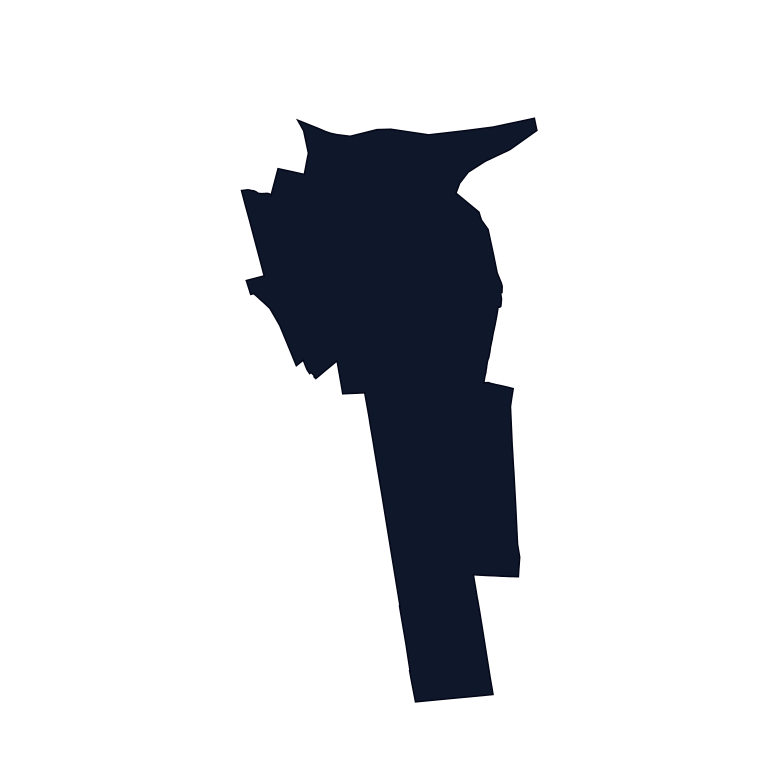 outline of Unirea, Calarasi, Romania, rotated 196°
{"feature_id": "2599482B78203742234892", "entity_name": "Unirea", "entity_type": "district", "adm_level": 2, "iso_a3": "ROU", "parent_name": "Romania", "parent_adm1": "Calarasi", "projection": "natural_earth1", "projection_center": [27.6, 44.275], "detail": "fine", "context": "isolated", "style": "filled", "palette": "ink", "viewbox_px": 768, "rotation_deg": 196, "n_neighbors": 0, "source": "geoboundaries", "source_scale": "gbopen_adm2", "svg_char_len": 4752}
<svg xmlns="http://www.w3.org/2000/svg" viewBox="0 0 768 768"><g transform="rotate(196 384 384)"><path d="M539.7,613.8L536.3,610.5L532.4,606.6L531.1,605.4L525.7,595.2L520.3,585.0L519.9,579.6L519.4,574.3L518.4,563.5L531.8,562.7L545.2,561.8L544.9,548.0L544.6,534.2L545.0,534.5L545.4,534.7L545.7,534.9L545.9,535.0L546.1,535.1L546.4,535.1L546.6,535.1L546.8,535.2L547.0,535.2L547.4,535.2L547.8,535.2L548.2,535.1L548.5,535.1L548.9,535.0L549.1,535.0L549.2,534.9L549.5,534.8L549.9,534.7L550.1,534.7L550.5,534.5L550.9,534.3L551.1,534.2L551.4,534.1L551.7,534.0L552.0,534.0L552.6,533.7L553.3,533.5L554.3,533.2L555.3,533.0L556.0,532.9L556.7,532.8L557.2,532.7L557.6,532.7L557.8,532.7L558.0,532.7L558.4,532.9L558.7,533.0L559.1,533.2L559.5,533.3L559.8,533.4L560.0,533.5L560.3,533.5L560.6,533.6L560.8,533.6L561.0,533.6L561.3,533.7L561.6,533.7L561.8,533.7L562.0,533.8L562.3,533.8L562.6,533.8L563.2,533.7L563.8,533.6L564.2,533.5L564.6,533.5L564.8,533.5L565.0,533.4L565.7,533.4L566.5,533.4L566.8,533.4L567.1,533.4L567.3,533.3L567.5,533.3L568.0,533.2L568.5,533.1L569.0,532.9L569.8,532.6L570.5,532.3L571.6,531.8L572.8,531.3L573.3,531.1L573.8,530.9L574.0,530.8L574.3,530.7L566.7,517.9L558.9,505.1L556.4,500.9L553.9,496.7L548.9,488.3L538.9,471.6L529.0,454.9L536.9,450.2L544.9,445.5L544.8,445.4L544.7,445.3L544.1,444.4L543.5,443.5L542.3,441.6L541.2,440.0L540.2,438.5L539.7,437.7L539.1,436.9L538.0,435.1L536.8,433.4L535.4,434.2L534.0,434.9L531.2,433.6L528.5,432.3L527.0,431.5L525.4,430.7L522.8,429.5L520.2,428.2L518.3,427.2L516.4,426.2L515.6,425.8L514.7,425.4L514.5,425.2L507.4,418.4L500.3,411.5L496.9,407.2L493.4,402.8L483.3,390.1L473.3,377.4L472.4,378.7L471.5,380.0L471.0,380.7L470.5,381.5L470.1,382.0L469.8,382.4L469.6,382.6L469.4,382.9L469.1,383.3L468.8,383.7L468.5,384.1L468.2,384.6L466.4,382.4L464.6,379.9L463.3,378.3L463.0,377.9L462.2,376.9L461.3,376.0L460.2,375.1L458.9,374.0L458.3,373.5L458.2,373.7L457.3,375.0L455.3,373.9L453.4,372.8L453.0,372.6L452.6,372.4L453.2,371.6L451.6,370.7L451.1,370.4L449.1,373.3L447.4,375.8L443.9,381.1L439.8,387.0L435.8,392.9L434.8,391.9L434.4,391.1L434.1,390.4L433.1,388.4L432.2,386.5L431.5,385.0L430.8,383.6L429.6,381.2L428.4,378.7L427.5,376.8L426.5,374.8L424.4,370.4L422.3,366.1L421.8,364.9L421.2,363.7L421.1,363.4L421.0,363.2L410.5,366.7L400.1,370.2L396.2,362.2L392.3,354.3L389.1,347.7L386.0,341.0L382.3,333.3L378.6,325.6L373.9,315.6L369.2,305.7L362.7,292.0L356.2,278.4L331.8,226.6L307.4,174.9L307.9,174.8L299.4,157.1L290.9,139.4L285.5,127.6L280.0,115.7L280.4,115.5L276.9,108.4L269.7,94.2L266.1,87.1L243.3,96.1L193.8,115.5L193.6,115.6L194.8,118.1L196.1,120.9L201.1,131.2L223.2,178.6L224.5,181.3L228.9,190.7L234.4,202.2L234.7,202.5L234.8,203.0L235.0,203.2L239.3,212.3L243.2,220.4L245.5,225.3L238.7,226.8L235.2,227.6L229.6,228.9L224.1,230.3L217.3,231.8L213.0,232.9L211.5,233.2L210.0,233.6L205.9,234.7L203.8,235.2L201.7,235.8L202.8,240.6L205.8,254.9L208.6,260.8L211.4,266.7L213.5,272.8L223.9,303.4L232.4,327.9L234.7,334.6L237.1,341.2L240.6,351.3L244.2,361.4L250.2,379.3L256.2,397.2L257.5,406.8L258.0,410.9L258.5,415.2L259.2,415.1L260.5,415.1L261.7,415.1L264.3,415.0L266.8,414.9L271.8,414.6L276.8,414.2L277.7,414.2L278.6,414.2L280.1,414.1L281.5,414.0L282.7,414.1L283.9,414.2L286.1,413.5L288.3,412.7L288.4,412.8L288.4,413.2L288.4,413.5L288.6,414.2L288.7,414.8L288.8,416.1L288.9,417.4L289.1,418.7L289.2,420.0L289.2,421.7L289.3,423.4L289.4,423.8L289.4,424.1L289.5,424.2L289.7,425.6L289.8,427.0L290.1,428.9L290.4,430.8L290.5,432.0L290.7,433.2L290.8,434.6L290.8,435.9L290.8,436.3L290.7,436.7L290.7,437.2L290.6,437.7L290.6,438.0L290.6,438.4L291.1,444.2L291.2,444.7L291.3,445.2L291.4,446.0L291.4,446.7L291.6,447.2L291.7,447.8L291.8,449.0L291.9,450.3L292.0,451.6L292.1,453.0L292.2,454.1L292.3,455.3L292.3,456.3L292.4,457.2L292.5,458.2L292.7,459.2L292.7,459.4L292.7,459.6L292.8,460.6L293.0,462.7L293.1,463.9L293.2,465.9L293.3,467.9L293.5,469.9L293.6,471.8L294.0,476.2L294.4,480.6L294.8,483.9L295.2,487.2L295.4,488.0L295.7,488.9L294.9,489.3L294.2,489.7L293.9,489.9L293.6,490.1L293.3,490.5L293.1,490.9L293.7,494.3L294.5,498.2L295.6,500.6L296.7,503.1L296.7,503.4L296.7,503.7L296.3,504.1L295.8,504.4L296.3,506.5L296.7,507.9L297.0,509.4L297.1,509.7L297.3,510.5L299.0,513.3L301.6,516.6L305.7,521.8L307.5,525.2L314.0,537.8L326.6,561.3L335.4,568.3L337.8,571.8L340.1,575.4L367.4,587.3L367.0,592.6L366.6,597.9L364.0,604.4L361.4,610.9L354.8,618.4L348.2,625.9L338.0,634.9L327.7,643.9L317.3,656.9L310.7,665.2L306.9,669.9L307.3,670.6L310.7,677.0L312.7,680.9L317.7,678.2L323.7,675.0L339.2,666.8L344.0,664.2L350.3,660.9L376.3,649.7L394.3,642.2L409.8,635.8L447.6,630.8L460.9,626.6L472.8,619.7L484.8,612.8L498.1,610.7L504.5,610.3L510.6,610.6L510.8,610.7L517.9,611.6L527.1,612.5L534.6,613.3L539.7,613.8Z" fill="#0f172a" stroke="#020617" stroke-width="1.5"/></g></svg>